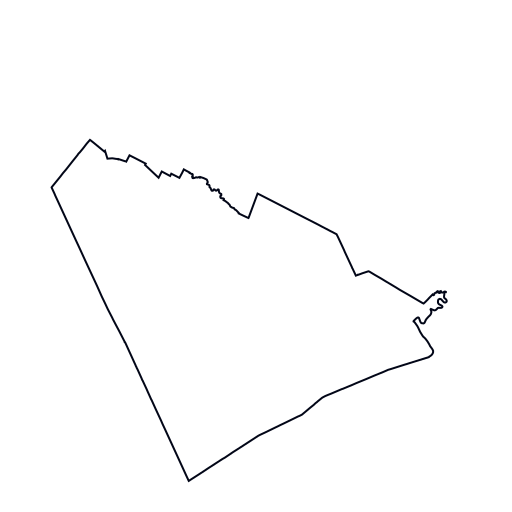 Ongkharak, Nakhon Nayok, Thailand (Mercator projection), rotated 335°
{"feature_id": "78962969B80179535824157", "entity_name": "Ongkharak", "entity_type": "district", "adm_level": 2, "iso_a3": "THA", "parent_name": "Thailand", "parent_adm1": "Nakhon Nayok", "projection": "mercator", "projection_center": [101.067, 14.102], "detail": "fine", "context": "isolated", "style": "outline", "palette": "ink", "viewbox_px": 512, "rotation_deg": 335, "n_neighbors": 0, "source": "geoboundaries", "source_scale": "gbopen_adm2", "svg_char_len": 5868}
<svg xmlns="http://www.w3.org/2000/svg" viewBox="0 0 512 512"><g transform="rotate(335 256 256)"><path d="M138.9,88.0L137.8,88.5L137.1,89.0L134.3,90.4L130.2,92.4L120.3,97.4L116.1,99.3L112.3,101.3L99.9,107.3L99.7,107.5L99.7,114.3L99.6,116.4L99.6,122.6L99.4,165.0L99.4,174.5L99.3,188.7L99.3,208.8L99.3,215.9L99.1,227.6L99.2,235.3L99.2,238.7L99.2,241.4L99.6,251.0L99.6,253.0L99.9,259.3L100.3,266.7L100.7,277.8L100.8,278.4L100.8,278.5L100.6,278.7L100.8,279.1L100.9,279.4L100.8,290.1L100.8,291.8L100.7,301.0L100.7,302.9L100.7,303.8L100.6,305.0L100.7,305.9L100.6,306.7L100.7,308.7L100.6,317.9L100.6,318.3L100.6,318.7L100.5,319.5L100.5,320.5L100.6,320.9L100.6,323.0L100.6,323.5L100.6,324.2L100.6,330.3L100.5,333.8L100.5,335.8L100.4,341.9L100.5,342.2L100.4,352.4L100.4,356.4L100.4,362.0L100.4,365.0L100.3,369.0L100.3,374.6L100.1,411.6L100.0,425.1L100.0,427.4L100.0,431.4L112.6,429.7L123.3,428.1L134.1,426.6L139.7,425.8L142.5,425.6L152.4,424.0L157.1,423.4L175.7,420.8L182.0,419.9L183.8,419.8L189.7,419.8L201.7,419.6L203.6,419.6L206.8,419.5L209.9,419.5L221.5,419.3L226.3,419.2L227.9,419.3L230.6,419.2L241.0,416.4L245.5,415.3L247.2,414.7L248.2,414.4L249.0,414.3L250.6,413.8L256.1,412.4L257.4,412.3L259.6,412.2L262.4,412.3L265.7,412.5L277.5,412.9L279.0,413.1L279.9,413.1L288.7,413.5L293.3,413.6L303.7,414.1L312.6,414.4L322.6,414.9L327.8,415.0L328.3,415.1L330.2,415.4L344.9,417.3L346.8,417.6L350.1,418.0L370.0,420.7L370.5,420.4L371.8,420.3L373.0,420.0L373.8,419.7L374.6,419.2L375.6,418.4L375.9,417.9L376.2,417.3L376.4,417.0L376.5,416.0L376.4,414.8L376.3,414.1L375.7,411.3L375.7,411.0L375.7,409.3L375.6,408.6L375.4,406.6L375.3,405.8L374.6,402.6L374.0,400.9L373.5,399.9L373.2,398.4L372.7,394.1L372.7,393.2L372.7,389.4L372.6,387.7L372.0,384.3L371.7,383.0L371.6,382.5L371.4,382.3L371.1,382.0L371.1,381.9L371.3,381.6L371.7,381.4L374.2,380.5L375.3,380.2L376.0,380.1L376.6,380.1L377.1,380.3L377.4,380.7L377.5,381.0L377.2,384.6L377.2,385.4L377.3,386.1L377.5,386.6L378.0,387.1L379.1,387.7L379.3,387.9L379.8,387.9L380.3,387.8L380.7,387.6L382.1,386.4L382.7,385.8L383.2,385.6L383.7,385.2L384.6,384.8L386.7,383.9L388.6,383.3L389.0,383.1L390.1,382.4L391.1,381.2L391.3,380.7L391.5,380.3L391.5,379.9L391.6,378.2L391.8,378.0L392.1,377.9L392.3,378.1L393.0,378.9L394.1,380.1L394.6,380.6L395.1,380.8L395.7,380.9L396.2,380.9L397.2,380.6L398.2,380.2L398.7,380.0L399.1,380.0L399.6,380.1L401.1,380.9L401.8,381.2L402.4,381.3L403.0,381.2L403.4,380.9L403.6,380.6L403.6,380.3L403.5,379.8L403.3,379.4L402.0,377.8L401.4,376.9L401.3,376.5L401.2,376.1L401.2,375.3L401.4,374.8L401.8,373.9L402.4,373.0L402.8,372.7L403.1,372.5L403.5,372.5L404.2,372.5L404.4,372.5L404.8,372.8L405.2,373.1L405.5,373.5L405.8,374.3L406.2,375.8L406.7,377.2L407.0,377.6L407.5,378.0L408.0,378.2L408.6,378.2L409.1,378.1L409.4,377.9L409.7,377.6L409.9,377.2L410.0,376.5L409.9,375.7L409.7,375.2L409.0,373.8L409.0,373.1L409.1,372.6L409.4,372.0L410.8,369.8L411.3,369.0L411.6,368.8L412.0,368.7L412.5,368.7L412.8,368.9L412.9,368.7L412.4,368.2L411.8,367.9L411.3,367.9L410.8,368.1L410.4,368.1L409.8,368.0L409.1,367.7L408.9,367.4L408.7,367.3L408.7,367.1L408.8,366.5L408.7,365.9L407.9,365.8L407.7,366.0L407.6,366.8L407.5,367.0L407.4,367.1L407.1,367.2L406.7,367.1L406.2,366.7L405.7,366.1L405.7,365.8L405.9,365.2L406.0,364.9L405.9,364.7L405.7,364.6L405.1,364.7L404.7,364.8L404.4,364.9L403.9,365.4L402.8,365.2L402.0,365.3L401.7,365.5L401.1,366.4L400.5,366.5L400.2,366.5L400.1,366.4L399.8,365.5L397.4,366.4L395.2,367.2L393.1,368.1L389.8,369.3L388.1,369.8L387.8,369.9L387.7,369.8L386.9,368.8L379.2,357.6L372.0,347.4L369.4,343.4L362.8,333.7L360.1,329.6L355.6,323.2L353.0,319.3L352.4,318.4L351.8,317.7L351.5,317.4L350.9,317.3L345.1,316.6L341.3,316.3L341.1,316.2L340.7,316.1L340.4,316.0L340.2,316.2L339.8,316.1L338.2,316.0L338.2,308.4L338.1,307.4L338.2,306.8L338.2,306.2L338.2,302.2L338.2,299.6L338.2,289.6L338.3,287.9L338.3,273.3L338.2,270.3L336.5,268.1L335.4,266.6L334.0,264.9L332.6,263.0L327.9,256.9L325.9,254.2L316.0,241.5L293.6,212.6L285.2,201.8L283.8,200.1L265.4,218.3L265.2,218.4L261.4,213.9L258.3,210.1L258.6,209.7L257.4,206.2L256.8,205.2L256.4,204.8L256.2,203.1L254.9,202.2L254.5,201.4L253.8,200.6L253.7,200.0L253.7,198.8L253.7,198.4L253.6,198.0L253.2,197.3L252.9,196.0L252.3,195.0L251.4,193.2L250.2,191.7L250.9,191.1L251.1,190.8L251.0,190.4L250.7,190.0L249.2,189.1L248.6,188.5L248.5,188.2L248.5,187.7L248.6,187.4L248.8,186.9L248.9,186.7L249.2,186.6L249.5,186.6L249.8,186.6L250.0,186.4L250.3,186.2L250.5,185.7L250.7,185.1L250.6,184.9L250.2,184.6L249.8,183.9L249.6,183.6L249.5,183.0L249.6,182.0L250.2,180.4L250.2,180.1L250.1,179.9L249.9,179.7L249.6,179.6L249.3,179.6L248.5,179.9L248.0,180.0L247.7,180.0L247.4,179.9L247.1,179.6L246.9,179.3L246.6,178.3L246.2,177.9L245.7,177.8L244.9,178.4L244.4,178.6L244.2,178.5L243.8,178.3L243.5,178.1L243.4,177.8L243.4,177.4L243.5,175.3L243.4,174.8L243.0,174.1L243.0,173.9L243.6,172.6L243.6,172.3L243.6,172.0L243.5,171.8L242.1,170.4L241.9,170.2L242.0,169.8L242.1,169.7L243.4,168.8L243.5,168.6L243.6,168.2L243.7,166.1L243.6,165.8L242.4,164.4L241.4,163.2L238.8,160.8L238.2,161.3L238.0,161.1L237.7,160.5L237.6,160.4L237.3,160.3L236.4,160.2L236.0,160.1L235.6,159.9L235.0,159.3L234.7,159.3L233.4,159.3L232.8,159.1L232.2,159.0L231.8,158.8L231.5,158.6L231.5,158.3L231.9,157.8L231.8,157.6L231.6,157.2L231.8,156.9L232.4,156.7L232.5,156.7L232.6,156.1L233.0,155.7L233.0,154.8L232.9,154.7L232.4,154.5L232.1,154.2L231.6,153.5L231.4,152.9L230.9,152.8L230.8,152.7L230.9,152.0L230.8,151.9L228.7,149.1L227.2,147.0L224.1,149.5L219.6,152.8L214.0,145.6L212.0,147.2L206.3,139.6L200.8,143.9L193.9,126.6L195.1,125.7L188.0,116.5L183.9,111.3L178.3,115.6L177.9,115.0L177.5,114.9L172.3,110.0L171.9,110.2L171.5,109.7L171.3,109.4L170.6,109.1L167.5,107.0L166.5,106.5L162.5,105.0L163.6,96.9L162.7,97.3L156.9,85.1L155.0,81.3L154.6,80.6L150.1,82.6L144.3,85.6L140.5,87.4L139.8,87.7L138.9,88.0Z" fill="none" stroke="#020617" stroke-width="2"/></g></svg>